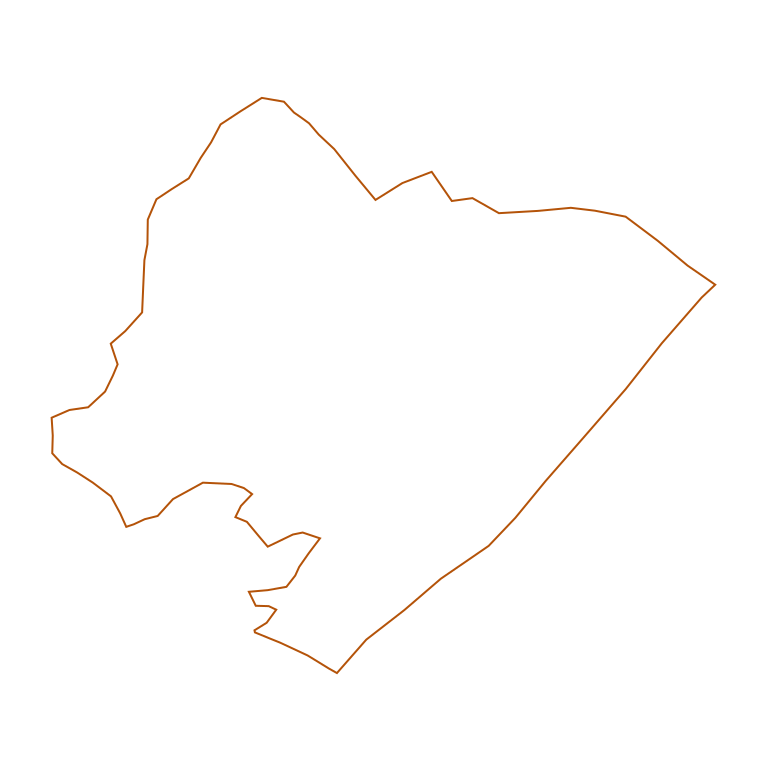 the district of Al-Samawa, Al-Muthannia, Iraq, rotated 269°
{"feature_id": "34846034B29652817116796", "entity_name": "Al-Samawa", "entity_type": "district", "adm_level": 2, "iso_a3": "IRQ", "parent_name": "Iraq", "parent_adm1": "Al-Muthannia", "projection": "equal_earth", "projection_center": [45.309, 31.221], "detail": "fine", "context": "isolated", "style": "outline", "palette": "amber", "viewbox_px": 768, "rotation_deg": 269, "n_neighbors": 0, "source": "geoboundaries", "source_scale": "gbopen_adm2", "svg_char_len": 1332}
<svg xmlns="http://www.w3.org/2000/svg" viewBox="0 0 768 768"><g transform="rotate(269 384 384)"><path d="M639.1,221.1L628.6,215.3L613.3,204.7L593.0,192.4L582.6,175.2L572.7,159.7L552.5,150.7L527.9,149.9L512.0,146.6L486.2,145.0L459.8,143.4L441.4,126.2L429.1,111.5L408.3,118.0L397.2,113.1L381.3,105.0L365.9,87.8L363.5,69.0L356.1,51.1L338.3,51.9L320.5,51.1L309.5,60.9L300.9,75.6L290.5,91.1L276.4,109.1L259.2,118.0L245.7,123.8L248.1,131.4L253.0,142.4L256.0,155.4L272.6,171.0L288.5,201.2L286.7,229.8L282.4,242.1L276.2,250.2L264.6,238.8L253.5,233.1L248.6,244.5L233.3,256.8L223.4,264.9L235.1,290.3L236.9,300.1L230.8,317.3L216.1,305.8L202.6,296.0L194.0,291.9L182.9,282.9L179.9,264.1L178.6,245.3L164.5,251.9L163.9,264.9L160.2,272.3L147.3,262.5L140.0,250.2L137.9,250.6L136.9,252.9L131.4,265.7L127.3,275.4L113.9,302.9L100.5,323.9L95.8,331.9L96.7,332.7L128.7,361.8L157.7,400.5L188.3,437.4L220.3,485.8L247.9,513.0L284.3,544.0L325.1,580.9L363.1,615.1L374.6,625.5L419.8,662.4L464.9,703.1L477.5,716.9L479.9,713.6L497.1,689.6L522.5,660.1L547.1,628.5L553.6,597.9L556.9,573.9L554.4,541.2L552.8,501.9L568.3,475.7L565.8,455.0L595.3,435.4L584.6,405.9L568.2,378.7L592.8,359.0L619.8,338.3L634.5,323.1L646.0,313.6L652.4,305.1L657.0,298.7L668.0,288.9L672.2,266.8L659.3,245.5L646.4,225.1L639.1,221.1Z" fill="none" stroke="#b45309" stroke-width="2"/></g></svg>